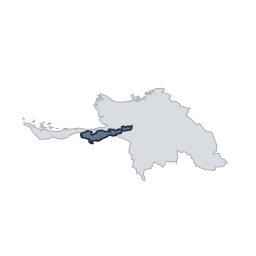 Kayin on a map of Myanmar (Albers equal-area conic projection), rotated 104°
{"feature_id": "MMR-3266", "entity_name": "Kayin", "entity_type": "State", "adm_level": 1, "iso_a3": "MMR", "parent_name": "Myanmar", "parent_adm1": "", "projection": "albers", "projection_center": [97.58, 17.357], "detail": "fine", "context": "in_parent", "style": "filled", "palette": "slate", "viewbox_px": 256, "rotation_deg": 104, "n_neighbors": 0, "source": "natural_earth", "source_scale": "10m", "svg_char_len": 8579}
<svg xmlns="http://www.w3.org/2000/svg" viewBox="0 0 256 256"><g transform="rotate(104 128 128)"><path d="M164.5,114.9L162.1,113.7L160.3,114.9L157.5,114.5L157.8,116.9L156.3,117.7L153.5,117.5L151.8,121.1L146.0,122.1L142.3,121.5L140.2,124.7L140.0,128.4L139.0,130.7L139.4,134.5L137.0,135.5L135.5,135.3L136.3,137.1L138.2,137.9L139.4,141.9L139.0,143.4L146.9,152.7L149.3,159.9L151.2,158.9L151.8,159.7L151.0,161.6L148.6,163.1L148.3,170.8L144.3,172.6L144.4,175.2L144.9,177.0L148.5,182.1L152.5,185.5L154.7,189.3L155.2,194.7L154.6,197.0L155.7,200.2L157.8,202.4L160.2,210.9L155.5,218.6L150.8,223.6L150.2,228.8L148.6,230.6L147.9,228.9L147.5,223.4L149.8,219.9L150.5,213.1L152.0,211.7L151.2,211.0L149.4,211.5L150.0,206.1L148.9,205.8L149.8,204.7L148.6,195.5L144.9,189.1L144.4,186.4L143.9,190.1L143.5,189.4L143.3,184.3L141.3,178.8L141.5,178.3L142.4,178.8L141.5,177.6L140.8,177.9L140.2,176.5L139.1,165.1L137.7,163.4L138.2,158.5L139.2,157.3L135.5,157.8L133.7,153.6L133.6,151.3L129.8,147.9L130.5,149.0L129.8,150.1L130.4,152.0L128.9,155.6L127.3,157.3L125.3,157.9L123.7,156.9L123.3,155.0L122.7,155.0L124.1,158.6L118.0,161.7L117.1,163.8L113.9,166.6L113.0,166.3L113.5,162.4L111.6,165.5L109.1,165.5L108.6,161.4L107.6,163.8L106.1,164.5L106.6,157.7L106.2,159.6L103.7,162.3L101.4,163.2L102.0,157.5L105.3,148.7L105.6,145.7L104.0,138.6L101.3,132.6L102.1,132.5L100.3,130.8L100.1,126.3L99.0,127.9L98.8,130.7L96.4,129.2L94.3,125.3L95.2,124.9L97.7,126.8L99.2,125.8L99.6,124.6L95.6,120.7L96.7,119.2L95.3,119.2L91.9,117.3L90.9,117.6L91.3,119.3L90.5,119.7L89.2,117.2L90.2,116.1L89.4,116.0L90.0,113.8L89.7,113.5L88.0,116.3L87.0,115.6L88.1,114.2L87.7,113.4L86.3,111.7L86.3,114.7L82.8,109.8L80.9,103.3L82.5,101.7L85.3,103.7L85.3,95.7L86.5,94.1L89.4,95.6L90.2,93.5L91.4,93.1L90.7,87.6L91.7,84.1L93.6,83.5L94.1,80.7L94.5,76.9L93.7,72.6L95.4,73.6L97.3,73.3L101.9,74.8L103.7,69.9L108.1,61.8L106.5,60.0L106.8,58.8L110.7,54.6L112.6,50.8L111.8,47.4L112.7,44.7L116.1,42.9L123.5,37.4L129.0,36.7L131.3,38.9L132.8,39.1L130.5,33.8L135.2,30.0L135.1,26.9L137.2,23.7L138.5,23.8L139.6,25.4L140.8,25.3L142.9,27.7L145.0,34.2L146.5,33.1L148.5,34.0L149.5,43.7L149.0,49.3L147.7,50.6L148.7,53.0L146.7,53.8L145.4,56.0L143.4,56.2L142.1,59.3L140.1,59.8L139.0,62.2L139.3,64.1L137.7,65.1L137.2,68.3L138.6,69.5L139.0,71.2L137.5,74.8L138.8,74.9L144.2,72.5L148.0,73.0L150.6,72.4L149.0,74.8L150.6,77.9L151.0,82.8L156.8,84.1L157.7,85.3L156.5,86.8L154.5,94.7L162.1,95.7L162.4,98.7L164.0,99.8L164.3,101.5L165.3,102.0L169.4,101.9L171.8,99.8L174.9,98.8L175.1,100.5L174.4,101.8L171.0,103.6L168.8,107.2L168.6,108.0L169.7,108.7L165.8,110.2L164.5,114.9ZM96.7,123.2L99.1,124.7L98.6,125.8L97.0,125.8L95.9,123.9L96.7,123.2ZM145.7,201.0L147.4,203.3L145.8,204.8L145.7,201.0ZM96.2,133.0L94.9,132.2L94.1,130.9L96.8,131.0L96.2,133.0ZM148.1,210.8L148.2,213.8L147.1,213.4L146.5,210.9L148.1,210.8ZM105.1,163.2L103.4,165.1L103.1,163.4L105.5,161.1L105.1,163.2ZM137.6,160.8L136.6,160.2L136.5,158.5L137.2,158.0L137.9,158.8L137.6,160.8ZM144.8,214.4L144.5,213.5L145.6,211.0L145.5,213.1L144.8,214.4ZM144.2,220.0L145.6,222.3L145.4,222.7L144.1,220.9L143.2,221.1L144.2,220.0ZM149.0,209.1L147.5,209.7L147.4,207.6L149.0,209.1ZM145.6,230.4L143.7,232.3L143.9,231.3L145.6,230.4ZM88.8,117.5L89.4,120.0L88.3,117.1L88.8,117.5ZM145.7,196.3L145.7,198.1L145.2,195.1L145.7,196.3ZM94.4,119.4L94.6,120.9L93.5,118.7L94.4,119.4ZM143.8,206.9L142.7,206.0L143.1,205.3L143.6,205.5L143.8,206.9ZM143.0,204.2L142.3,205.5L141.6,204.7L142.2,204.2L143.0,204.2ZM143.2,211.6L143.2,212.7L142.4,210.2L143.2,211.6ZM107.6,165.5L106.8,165.4L107.9,164.2L108.0,164.7L107.6,165.5ZM148.3,220.2L147.6,220.0L148.2,218.8L148.3,220.2Z" fill="#d9dde1" stroke="#a8b0b8" stroke-width="1"/><path d="M135.4,135.0L135.2,134.9L135.3,135.1L135.5,135.3L135.6,135.5L135.9,136.2L136.2,136.6L136.2,137.1L136.3,137.4L136.4,137.6L136.7,137.9L137.1,138.2L137.3,138.0L137.5,137.5L137.6,137.4L138.3,137.7L138.3,137.9L138.3,138.1L138.1,138.3L138.2,138.7L138.8,139.5L138.8,139.8L138.9,140.0L138.9,140.4L138.9,140.5L139.0,140.5L139.4,141.1L139.5,141.5L139.2,141.8L138.8,142.5L138.9,143.0L138.7,143.1L138.8,143.2L139.0,143.5L139.4,144.0L139.5,144.1L139.5,144.5L139.7,144.8L141.5,146.4L142.0,146.7L142.1,146.8L142.1,147.0L142.4,147.4L142.5,147.8L142.7,148.0L143.1,148.2L143.2,148.4L143.1,148.7L143.2,148.9L144.2,149.9L144.5,150.1L144.9,150.7L145.2,150.9L145.1,151.0L145.3,151.2L145.4,151.3L145.4,151.7L145.5,151.8L146.3,151.9L146.5,151.9L146.7,152.1L146.9,152.3L147.2,152.8L147.3,152.9L147.4,153.1L147.4,153.3L147.7,153.6L147.8,154.1L147.7,154.0L147.6,153.9L147.5,154.0L147.5,154.3L147.8,154.5L147.6,154.7L147.5,154.9L147.3,154.9L147.2,155.1L147.1,155.3L147.1,155.5L147.4,155.8L147.6,156.2L147.7,156.4L148.1,156.7L148.2,156.9L148.3,157.1L148.3,157.4L149.0,158.4L149.1,158.6L149.0,159.0L149.1,159.4L149.3,160.2L149.4,160.4L149.6,160.6L149.7,160.4L150.1,159.9L150.7,159.4L150.9,159.1L150.9,158.7L151.0,158.5L151.3,158.3L151.3,158.7L151.5,158.9L151.7,159.0L151.9,159.3L151.9,159.5L151.8,160.0L151.8,160.5L151.7,160.7L151.3,161.3L151.2,161.5L151.2,162.0L150.9,162.4L150.7,162.5L150.5,162.3L150.4,162.3L149.7,162.2L149.3,162.3L149.2,162.7L149.0,163.0L148.9,163.1L148.6,163.1L148.2,163.0L148.2,163.3L148.4,163.7L148.5,163.9L148.4,164.5L148.4,164.8L148.4,165.3L148.4,165.5L148.1,166.6L148.1,166.9L148.1,167.5L148.1,168.1L148.4,169.8L148.4,170.4L148.3,170.9L148.0,171.2L147.8,170.8L147.4,170.6L147.0,170.8L146.6,170.8L146.5,171.0L146.6,171.3L146.4,171.4L146.3,171.6L146.5,171.7L146.5,172.0L146.4,172.0L146.2,172.0L145.9,171.7L145.7,171.6L145.4,171.6L144.9,172.2L144.8,172.4L144.6,172.4L144.5,172.1L144.3,171.5L143.9,171.2L143.6,170.9L143.3,170.2L143.0,170.0L142.7,169.3L142.4,168.9L142.2,168.6L141.7,168.1L141.7,167.8L141.6,167.7L141.4,167.6L141.2,167.4L140.9,167.3L140.8,167.2L140.8,166.9L141.0,166.7L140.9,166.4L140.8,166.2L140.7,166.0L140.7,165.8L140.5,165.3L140.4,164.8L140.4,164.6L140.5,164.4L140.5,164.0L140.5,163.9L140.6,163.6L140.7,163.4L140.7,163.2L140.5,162.7L140.3,162.3L140.3,162.2L140.7,162.1L141.3,162.1L141.8,162.0L142.3,161.9L142.3,162.0L142.6,162.1L143.0,162.3L143.1,162.2L143.6,161.8L143.7,161.7L143.3,161.2L143.2,161.0L143.1,160.9L143.1,160.7L142.9,160.4L142.6,160.0L142.4,159.9L142.2,159.7L142.2,159.3L142.0,158.9L141.8,158.9L141.5,158.9L141.3,158.8L141.3,158.7L141.2,158.5L141.1,158.4L140.8,158.2L140.7,158.2L140.6,157.9L140.6,157.6L140.1,157.8L139.9,157.8L139.4,157.4L139.3,157.2L139.1,157.1L138.9,156.9L138.7,156.9L138.3,156.6L138.2,156.4L138.0,156.2L137.8,156.0L137.4,155.5L137.3,155.0L137.4,154.8L137.2,154.5L137.2,154.2L136.8,153.7L136.8,153.3L136.8,153.0L136.5,152.6L136.5,152.2L136.7,151.9L136.7,151.7L136.8,151.5L136.9,151.3L137.0,151.2L136.9,150.3L137.0,150.1L136.8,149.4L137.0,149.1L136.9,148.7L136.6,148.3L136.5,148.1L136.4,147.7L136.2,147.2L136.3,146.5L136.3,146.4L136.2,146.3L136.0,146.2L135.9,146.0L135.6,145.3L135.6,145.2L135.7,144.9L135.9,144.7L136.0,144.6L135.9,144.4L135.8,144.5L135.6,144.5L135.5,144.8L135.3,145.0L135.1,145.2L135.1,145.5L134.9,145.8L134.6,145.6L134.3,145.9L134.1,146.0L134.1,146.3L133.9,146.3L133.7,146.1L133.8,145.4L133.4,144.5L133.3,144.1L133.5,143.8L133.6,143.6L133.6,143.2L133.4,143.0L133.4,142.9L133.3,142.6L132.9,141.6L132.8,141.4L133.1,141.1L133.2,140.8L133.3,140.7L133.4,140.4L133.5,140.0L133.7,139.6L133.6,139.4L133.1,139.0L133.0,138.8L133.0,138.2L132.8,137.7L132.7,137.6L132.4,137.9L132.2,137.8L132.1,137.7L132.2,137.4L131.9,137.1L131.5,136.9L131.4,136.7L131.2,136.5L131.2,136.2L131.3,135.9L131.3,135.7L131.4,135.3L131.4,135.1L131.3,134.8L131.3,134.5L131.2,134.3L131.0,134.2L130.9,134.0L130.8,133.9L130.7,133.9L130.2,134.0L129.6,134.4L129.0,134.3L128.7,134.1L128.3,134.3L128.2,134.3L128.1,134.0L127.9,133.8L127.7,133.2L127.4,132.7L127.7,132.2L127.4,131.6L127.4,131.4L127.5,131.3L128.1,130.9L128.1,130.6L127.8,130.2L127.5,129.9L127.1,129.7L126.7,129.3L126.4,128.8L126.3,128.5L126.2,128.5L126.2,128.3L126.6,127.9L126.4,127.7L126.2,127.1L126.0,126.9L125.9,126.6L125.8,126.4L125.8,126.0L125.8,125.9L125.5,125.6L125.4,125.4L125.4,125.0L125.4,124.9L125.1,124.6L126.3,124.5L126.5,124.5L127.1,124.7L127.1,124.8L127.2,125.0L127.6,124.8L127.8,124.6L128.0,124.3L128.3,124.6L128.4,124.8L128.6,124.9L128.8,125.0L129.6,125.6L129.9,126.1L129.8,126.3L129.8,126.9L129.8,127.1L130.0,127.6L130.0,127.9L130.1,128.0L130.3,128.1L130.5,128.2L130.8,128.6L130.9,128.9L131.0,129.1L131.0,129.3L131.1,129.5L131.1,129.8L131.1,130.0L131.2,130.4L131.3,130.5L131.6,130.9L131.6,131.0L131.6,131.3L131.8,131.5L132.1,131.8L132.1,132.1L132.7,133.3L132.8,133.4L133.0,133.4L133.4,133.4L133.7,133.5L134.7,133.5L134.8,133.5L135.0,133.9L135.2,134.1L135.4,135.0Z" fill="#64748b" stroke="#1e293b" stroke-width="1.5"/></g></svg>